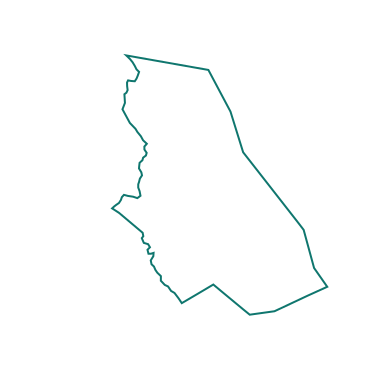 outline of Juazeirinho, Paraíba, Brazil, rotated 329°
{"feature_id": "56859067B91573865161929", "entity_name": "Juazeirinho", "entity_type": "district", "adm_level": 2, "iso_a3": "BRA", "parent_name": "Brazil", "parent_adm1": "Paraíba", "projection": "equal_earth", "projection_center": [-36.608, -7.042], "detail": "fine", "context": "isolated", "style": "outline", "palette": "teal", "viewbox_px": 384, "rotation_deg": 329, "n_neighbors": 0, "source": "geoboundaries", "source_scale": "gbopen_adm2", "svg_char_len": 1286}
<svg xmlns="http://www.w3.org/2000/svg" viewBox="0 0 384 384"><g transform="rotate(329 192 192)"><path d="M126.0,282.0L144.3,282.2L162.6,282.3L166.0,292.1L175.3,318.6L178.3,326.9L201.3,336.7L237.4,340.4L259.1,342.9L257.5,320.0L268.2,282.0L267.4,274.7L260.2,216.0L256.3,184.3L257.0,181.4L266.4,142.9L268.9,95.8L206.0,41.1L207.3,46.0L207.9,50.2L207.9,54.4L207.6,58.3L208.5,61.8L205.2,64.5L202.9,66.2L200.0,67.6L196.9,65.4L194.7,63.4L192.7,64.7L190.9,67.9L189.3,71.5L186.9,73.1L184.4,73.4L182.4,77.3L180.4,81.1L175.0,85.3L174.3,100.8L175.3,105.2L176.1,108.8L176.1,112.4L176.9,117.9L176.7,122.5L178.1,127.4L174.6,128.5L173.1,131.1L173.3,135.1L171.3,137.0L167.8,137.4L165.9,139.2L162.1,140.0L160.4,142.2L158.7,144.5L158.7,149.1L157.7,152.0L154.2,153.7L151.8,156.1L149.9,157.7L148.2,160.5L147.5,164.3L145.9,168.7L142.0,169.1L139.1,165.7L135.1,162.4L132.2,159.4L129.2,160.3L127.0,162.2L123.7,163.8L120.5,164.0L117.9,164.3L115.1,164.9L118.7,172.3L128.7,201.5L127.5,204.8L125.2,205.7L124.5,210.8L127.5,214.1L127.5,217.7L124.1,218.6L122.9,222.5L125.1,223.8L127.7,224.4L125.8,227.1L121.4,229.4L120.1,233.1L121.0,236.3L120.5,240.0L120.7,243.3L122.0,248.1L119.6,252.0L120.8,257.6L122.8,260.6L123.1,266.0L125.0,269.5L125.7,276.0L126.0,282.0Z" fill="none" stroke="#0f766e" stroke-width="2"/></g></svg>